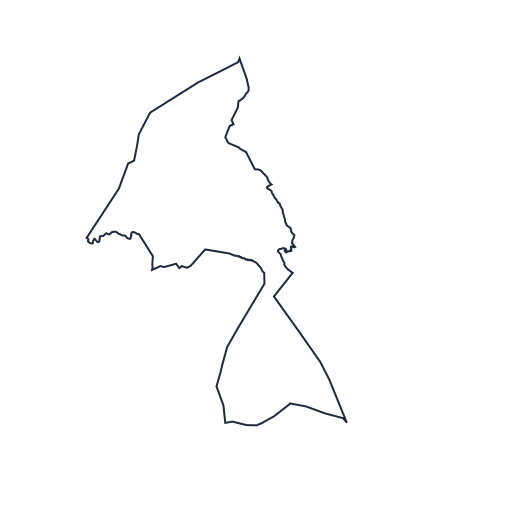 San Francisco Cahuacuá, Oaxaca, Mexico, rotated 303°
{"feature_id": "50627088B44636472073228", "entity_name": "San Francisco Cahuacuá", "entity_type": "district", "adm_level": 2, "iso_a3": "MEX", "parent_name": "Mexico", "parent_adm1": "Oaxaca", "projection": "equal_earth", "projection_center": [-97.354, 16.831], "detail": "fine", "context": "isolated", "style": "outline", "palette": "slate", "viewbox_px": 512, "rotation_deg": 303, "n_neighbors": 0, "source": "geoboundaries", "source_scale": "gbopen_adm2", "svg_char_len": 5115}
<svg xmlns="http://www.w3.org/2000/svg" viewBox="0 0 512 512"><g transform="rotate(303 256 256)"><path d="M379.7,118.6L369.8,112.8L318.5,89.1L296.1,91.3L294.0,91.5L291.2,92.8L284.9,95.7L269.6,101.8L263.8,98.4L237.9,104.3L178.9,104.1L178.9,105.7L178.9,106.0L178.6,106.4L178.5,106.6L177.9,106.7L177.2,106.8L176.7,107.2L176.4,109.2L176.6,110.6L177.2,111.8L177.8,112.2L179.8,111.1L180.9,111.1L182.4,111.0L182.5,111.5L181.9,113.3L181.4,115.1L181.6,115.8L182.2,116.5L183.0,116.5L183.8,116.2L185.1,115.5L186.6,114.9L187.1,114.5L187.4,114.5L188.3,115.3L189.1,116.0L189.4,116.6L190.2,117.2L191.2,117.5L192.0,117.5L192.6,117.7L193.5,118.0L193.7,120.1L193.9,120.7L194.1,121.0L194.5,121.2L197.9,122.3L198.4,123.2L198.9,123.7L199.2,123.9L199.4,124.2L199.8,125.0L200.0,125.6L200.1,126.1L200.1,126.6L200.0,127.3L199.8,128.4L199.9,128.9L200.1,129.5L200.2,130.3L200.2,131.3L200.3,131.9L200.5,132.8L200.6,133.1L200.9,133.7L201.1,134.0L201.5,134.3L201.6,134.7L201.7,135.2L201.5,135.9L201.5,136.6L201.1,137.4L201.0,137.9L200.9,138.2L201.0,138.9L201.2,139.3L201.5,140.4L201.8,141.1L202.2,141.1L202.7,141.1L203.2,141.0L204.1,140.6L204.7,140.4L205.3,140.2L206.1,139.6L206.4,139.4L207.2,139.1L207.5,139.2L207.9,139.2L208.3,139.1L208.9,139.3L209.0,139.5L209.4,140.4L209.5,140.8L209.7,141.5L209.9,142.2L209.8,143.0L209.8,144.1L209.9,144.8L210.3,145.5L210.6,145.7L210.6,146.0L199.6,169.7L196.6,171.3L192.5,173.6L192.1,173.9L190.3,175.4L187.7,176.4L192.2,179.3L195.5,181.3L196.7,185.0L206.0,193.2L204.1,198.3L207.1,199.2L208.5,204.4L208.6,204.6L212.3,206.6L233.8,209.8L238.3,220.1L243.7,232.5L244.0,234.5L244.3,235.9L244.5,236.3L244.4,236.7L244.4,237.5L244.7,237.8L245.3,238.8L245.6,240.1L245.9,240.2L246.0,240.9L246.1,241.2L246.3,241.5L246.5,241.7L246.7,242.0L246.3,242.5L246.5,243.4L247.0,243.9L246.5,244.9L246.7,245.8L247.0,246.1L247.2,246.3L247.1,246.6L247.3,247.1L247.5,247.4L247.6,247.5L247.8,247.7L247.8,248.1L247.7,248.3L247.5,248.8L247.4,249.2L247.5,249.6L247.7,250.1L247.9,250.3L248.1,250.1L248.3,250.2L248.4,250.5L248.5,250.9L248.3,251.2L248.5,251.4L248.4,251.6L248.6,251.7L248.7,252.0L248.7,252.3L248.9,252.4L249.2,252.6L249.4,253.4L249.5,253.2L250.2,254.4L250.5,260.2L249.6,263.1L249.0,265.5L248.4,267.2L248.1,267.7L247.8,267.9L247.4,268.4L246.5,270.5L246.3,272.1L237.3,278.2L186.2,280.1L163.9,281.4L146.0,287.1L138.3,289.9L125.1,293.9L112.9,310.1L99.3,321.1L104.2,326.3L109.2,340.5L114.4,348.9L119.1,351.9L131.1,358.3L150.1,364.9L150.9,364.8L157.0,379.7L161.5,399.3L167.4,417.3L165.7,422.9L192.5,384.4L202.1,367.7L217.0,330.9L219.0,325.7L231.8,293.1L261.9,295.9L261.8,294.3L262.0,292.6L262.1,290.7L262.3,289.2L262.6,288.1L263.0,287.2L263.2,286.0L263.6,285.3L264.1,284.7L264.4,284.2L264.7,284.1L265.3,283.9L266.0,283.1L266.4,282.1L266.5,281.6L266.9,281.0L267.3,280.4L267.8,279.9L268.2,279.4L268.6,278.7L269.0,278.0L269.3,277.5L269.9,276.8L270.5,276.3L271.0,275.5L271.2,274.2L271.4,273.3L271.7,272.4L272.0,271.7L273.1,271.5L274.5,271.9L275.1,272.5L275.9,273.4L276.6,273.8L277.2,274.3L277.6,274.7L277.8,275.3L277.9,276.2L278.1,276.7L278.1,277.3L278.0,277.8L277.6,278.0L277.0,277.6L276.7,276.9L276.2,277.0L275.6,278.3L275.4,278.9L275.4,279.4L276.0,279.6L276.7,279.8L277.3,280.2L277.6,280.8L278.1,281.4L278.4,281.7L279.0,282.4L279.4,282.6L279.6,281.7L280.6,282.1L281.3,281.7L281.7,281.1L282.3,280.6L282.8,280.3L283.4,280.5L283.7,281.0L283.7,282.2L284.1,283.2L284.9,283.8L286.5,279.0L287.1,278.8L287.7,278.7L288.4,278.2L288.9,278.0L290.0,277.8L290.4,277.7L291.4,277.9L292.1,277.7L292.8,277.4L294.2,277.0L294.7,275.9L294.9,274.7L295.0,273.6L295.5,272.5L296.0,272.1L296.7,271.4L298.2,269.7L298.3,268.4L298.3,266.9L298.4,265.7L298.7,264.7L299.4,263.9L300.1,262.5L300.7,261.7L301.2,261.3L302.3,260.5L302.8,259.8L303.5,259.1L304.2,258.1L305.2,257.1L305.9,256.4L306.8,255.0L308.1,254.1L308.9,253.6L309.3,253.0L309.8,252.0L310.4,250.8L311.0,250.0L311.3,249.0L312.9,247.3L312.8,246.5L312.6,245.7L312.9,245.5L313.3,245.1L313.3,244.3L313.6,243.4L314.0,242.9L314.4,242.5L314.6,241.6L314.9,240.9L314.9,240.1L316.1,238.2L316.3,237.6L316.7,237.3L317.0,236.4L317.3,235.6L317.7,234.8L318.3,234.3L318.9,233.7L319.0,232.8L319.1,231.7L319.1,230.5L318.9,229.7L319.1,228.4L320.2,227.6L320.6,227.8L321.8,228.5L324.4,230.0L324.4,229.9L324.5,229.1L324.7,228.1L325.1,227.3L325.6,225.8L326.2,224.8L326.7,224.0L327.6,223.2L327.9,222.8L328.2,221.9L328.6,220.6L329.0,219.1L329.2,218.4L329.3,217.3L329.6,215.8L330.0,215.0L330.2,213.8L330.2,212.6L330.0,211.6L329.7,210.5L329.3,210.0L329.2,209.8L328.9,209.1L328.5,208.6L328.1,207.8L337.7,191.1L337.4,187.0L337.4,186.2L337.3,185.7L337.3,184.4L337.5,183.3L337.7,182.6L335.7,171.3L339.0,165.5L348.8,163.5L350.8,163.1L354.2,165.4L356.7,161.5L370.6,159.9L376.4,157.0L377.4,157.6L377.9,157.9L378.6,158.2L379.5,158.5L380.5,158.7L381.3,159.2L381.9,159.2L383.3,159.3L384.2,159.5L385.2,159.4L386.7,159.2L387.0,159.4L387.6,159.4L389.0,159.6L390.1,159.7L391.0,159.5L391.5,159.1L392.2,158.8L393.4,158.0L393.9,157.6L394.4,156.8L395.4,155.9L396.7,154.6L397.8,153.4L398.7,152.5L399.4,151.9L400.0,151.0L401.3,149.5L410.6,137.2L412.7,134.6L408.9,135.5L405.6,133.6L379.7,118.6Z" fill="none" stroke="#1e293b" stroke-width="2"/></g></svg>